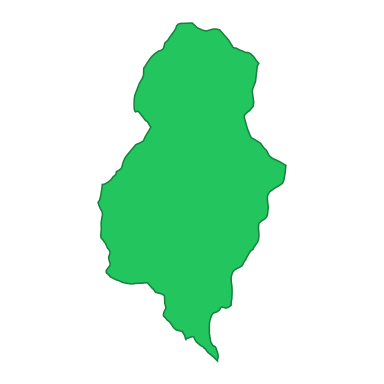 outline of Gongdue, Mongar, Bhutan
{"feature_id": "84629894B588701148040", "entity_name": "Gongdue", "entity_type": "district", "adm_level": 2, "iso_a3": "BTN", "parent_name": "Bhutan", "parent_adm1": "Mongar", "projection": "equal_earth", "projection_center": [91.157, 27.034], "detail": "fine", "context": "isolated", "style": "filled", "palette": "green", "viewbox_px": 384, "rotation_deg": 0, "n_neighbors": 0, "source": "geoboundaries", "source_scale": "gbopen_adm2", "svg_char_len": 4060}
<svg xmlns="http://www.w3.org/2000/svg" viewBox="0 0 384 384"><path d="M217.5,361.0L217.5,359.5L218.0,357.9L218.2,356.8L218.1,355.5L217.8,353.5L217.4,352.3L216.9,350.9L216.3,348.6L215.3,346.8L212.9,345.5L210.9,342.3L210.1,338.3L209.6,334.8L209.3,332.7L209.4,330.3L209.3,329.4L209.3,326.9L209.4,324.7L209.5,322.9L209.9,320.5L210.4,319.2L211.0,317.3L211.5,315.5L212.7,313.8L214.0,312.7L215.5,312.5L216.6,312.0L217.9,311.2L219.3,310.1L219.8,309.4L220.7,307.7L222.0,307.1L223.8,307.5L226.1,308.1L228.0,307.5L229.4,306.6L230.9,305.6L231.2,305.0L231.2,303.9L231.2,302.9L231.2,301.8L231.5,300.8L231.8,299.3L231.9,296.8L232.1,293.5L232.1,291.7L232.1,289.8L231.9,286.1L231.3,281.8L231.1,277.7L231.8,274.8L232.6,272.4L233.6,271.0L234.8,269.9L236.9,268.6L239.9,267.1L241.6,266.1L242.3,265.5L243.2,263.8L243.9,262.1L244.9,260.7L245.9,259.5L246.4,258.0L248.1,255.0L249.5,252.5L250.6,251.0L251.8,250.1L252.7,249.6L253.1,249.0L253.5,248.6L253.6,247.8L254.1,246.9L254.8,246.1L257.7,241.8L258.6,239.1L259.0,235.2L258.5,228.4L258.6,225.0L259.1,223.0L261.2,221.2L264.9,218.8L266.4,217.3L267.4,215.1L268.3,207.3L268.0,205.0L267.4,199.4L267.4,197.2L267.8,195.0L269.6,191.9L274.9,188.0L278.7,186.0L282.6,183.2L284.0,179.6L285.2,172.5L285.7,167.0L286.0,165.5L279.4,161.5L272.4,158.3L269.2,155.7L266.4,150.3L263.6,147.6L260.8,143.5L257.8,141.4L251.2,137.6L250.1,135.4L247.2,128.0L245.5,121.8L244.3,117.5L244.4,115.4L246.3,113.2L249.6,110.6L253.3,106.2L253.7,102.0L252.4,92.2L252.5,89.8L253.2,87.4L255.5,81.7L257.1,67.9L257.3,66.1L258.8,63.3L257.4,61.8L255.9,60.0L254.4,57.6L253.1,56.0L251.1,54.2L249.6,53.1L247.7,52.5L245.9,52.4L244.6,52.2L243.0,51.2L240.8,50.4L239.4,49.9L236.5,48.2L234.4,47.9L233.2,47.6L229.0,40.7L228.6,40.0L223.5,34.3L222.3,32.9L219.6,29.8L217.4,29.3L215.8,29.0L212.9,29.1L206.2,31.0L204.5,30.6L203.5,30.5L199.4,28.7L197.3,27.8L192.3,23.0L184.2,23.3L180.2,23.4L178.2,24.2L176.7,25.7L176.5,26.2L175.7,28.7L174.0,31.3L170.5,36.1L167.8,40.2L164.8,43.0L164.2,45.8L163.2,48.8L161.2,50.3L158.7,51.0L155.4,53.2L152.2,56.1L150.7,57.8L147.1,63.0L146.7,63.7L145.6,65.5L143.7,68.2L143.6,71.9L143.5,75.5L142.0,78.9L139.4,83.3L137.1,89.3L134.8,95.2L134.3,98.9L134.1,102.4L134.1,104.9L134.1,108.1L134.6,110.6L135.5,111.9L137.4,111.3L138.8,111.9L141.8,115.6L145.6,120.7L147.1,121.3L147.5,121.6L148.5,123.6L149.5,125.3L150.3,126.4L150.9,127.0L149.1,130.2L147.1,133.6L145.5,136.2L144.5,138.2L144.1,139.2L143.7,140.3L142.5,141.5L140.3,142.7L135.9,144.6L133.6,147.3L127.7,154.3L126.7,155.6L125.3,157.4L123.4,161.5L122.6,163.9L122.2,166.0L121.2,168.6L118.6,170.4L116.3,171.7L116.1,173.3L115.9,174.1L115.6,174.7L114.6,175.6L113.2,176.6L112.3,177.9L111.0,179.7L109.5,181.0L107.9,182.2L105.7,183.5L104.0,184.3L102.2,184.4L102.2,185.6L102.0,187.6L101.2,192.8L100.6,196.3L99.6,199.9L98.0,202.7L98.5,203.9L99.2,206.0L100.4,208.8L102.2,211.9L102.5,214.8L102.0,217.0L101.1,222.8L101.3,229.5L100.8,234.5L100.8,236.1L101.1,237.9L103.3,240.5L105.5,243.5L107.3,247.7L107.5,248.2L108.4,248.9L109.3,250.4L109.8,251.6L110.1,252.6L109.7,254.3L108.7,256.4L108.6,258.2L109.1,260.3L109.8,262.5L110.2,263.9L109.9,265.5L108.0,268.0L106.5,270.0L106.1,271.5L106.3,272.7L107.4,273.8L109.7,275.8L110.1,276.7L110.9,277.2L112.3,277.8L114.3,278.9L116.4,279.9L119.1,280.7L120.3,281.4L122.8,282.5L124.9,282.9L126.4,283.3L129.0,283.6L130.2,283.9L133.4,283.8L136.4,283.4L139.6,283.2L141.7,283.2L143.5,283.0L146.7,282.7L147.9,283.3L149.6,285.3L152.1,288.2L153.6,289.5L155.5,292.3L156.5,292.6L159.2,293.3L160.5,293.6L162.2,294.2L164.1,295.5L164.5,296.0L164.5,297.3L164.6,300.5L164.7,303.3L165.7,306.5L165.8,308.7L164.5,310.7L163.8,312.5L163.4,314.6L163.4,315.9L163.8,316.5L165.3,317.6L165.9,318.4L166.9,319.8L169.5,321.9L171.1,324.0L173.7,327.8L175.8,329.7L176.8,330.2L177.9,330.3L179.8,330.9L182.2,331.5L182.6,332.1L182.9,332.6L184.0,334.4L184.9,336.1L185.3,338.2L186.0,339.6L187.1,338.4L189.6,337.5L192.4,336.6L193.7,337.0L195.4,340.4L196.5,342.1L200.3,345.3L203.1,346.8L203.8,347.9L205.5,349.2L207.8,352.3L210.8,354.8L214.3,357.7L216.8,360.4L217.5,361.0Z" fill="#22c55e" stroke="#15803d" stroke-width="1.5"/></svg>